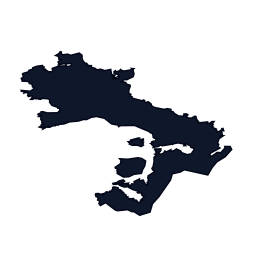 Selje nor, Sogn og Fjordane, Norway (Robinson projection), rotated 349°
{"feature_id": "86288312B90490853965577", "entity_name": "Selje nor", "entity_type": "district", "adm_level": 2, "iso_a3": "NOR", "parent_name": "Norway", "parent_adm1": "Sogn og Fjordane", "projection": "robinson", "projection_center": [5.32, 62.075], "detail": "fine", "context": "isolated", "style": "filled", "palette": "ink", "viewbox_px": 256, "rotation_deg": 349, "n_neighbors": 0, "source": "geoboundaries", "source_scale": "gbopen_adm2", "svg_char_len": 5869}
<svg xmlns="http://www.w3.org/2000/svg" viewBox="0 0 256 256"><g transform="rotate(349 128 128)"><path d="M219.5,164.6L219.7,165.4L218.8,166.6L214.5,169.9L210.8,169.0L204.7,171.8L202.7,169.9L204.8,168.2L214.4,165.2L212.6,163.2L213.9,161.5L213.0,159.9L215.4,155.8L220.0,153.8L217.9,153.4L219.3,152.7L219.1,148.1L221.4,149.0L221.2,146.6L220.0,146.5L219.9,147.7L214.9,149.3L214.3,148.8L214.9,148.1L214.3,147.2L214.6,146.0L210.7,143.3L211.8,142.5L211.0,141.9L210.8,141.3L212.0,140.8L211.3,140.3L213.7,138.1L211.7,137.7L208.3,139.3L207.6,138.4L205.6,138.6L207.2,138.0L207.3,137.2L199.0,136.5L197.0,132.5L196.9,129.7L195.9,129.2L192.2,130.4L189.2,129.7L187.3,127.7L188.9,126.7L186.9,125.8L188.4,125.6L188.0,125.3L185.6,124.9L185.1,126.5L184.0,126.9L180.0,125.9L176.2,122.5L175.6,120.9L173.5,119.7L173.6,117.8L170.1,116.5L166.9,116.6L158.2,113.0L156.1,111.6L155.1,109.6L155.4,109.1L152.9,106.1L150.0,106.4L149.1,105.2L149.6,104.4L148.7,103.4L147.2,104.0L138.5,99.9L137.3,98.3L137.8,98.1L136.4,96.7L136.3,95.8L137.1,95.4L135.3,94.0L136.2,90.7L138.3,87.2L138.1,86.3L135.0,84.6L134.1,83.3L134.5,82.9L134.6,82.3L133.9,83.3L132.8,82.0L130.3,81.3L133.7,79.7L135.9,80.4L142.9,78.6L144.2,75.9L143.9,71.5L145.0,70.9L143.0,70.3L143.8,71.5L135.3,71.4L132.5,70.2L131.9,69.1L130.4,70.3L127.9,70.5L126.7,70.1L126.5,69.3L125.0,70.0L124.8,71.8L129.1,74.0L129.3,74.6L127.5,75.6L129.3,75.9L127.6,77.6L123.6,77.2L123.0,76.8L123.0,75.3L124.8,76.0L125.1,76.0L123.0,74.3L125.7,73.9L122.6,72.8L122.1,71.4L122.2,67.2L116.3,67.3L112.2,65.0L108.6,65.0L107.0,64.0L107.5,63.4L104.5,61.9L103.4,60.6L103.9,59.8L101.0,59.2L99.8,56.7L98.2,56.1L96.5,53.3L96.1,48.3L96.7,48.5L96.6,47.4L95.0,46.7L94.2,45.8L95.0,45.8L94.5,45.2L85.5,45.7L83.0,44.0L77.9,43.7L76.7,42.5L77.1,40.7L76.1,40.1L74.4,41.8L70.8,43.0L73.4,44.4L73.3,47.5L75.2,48.3L71.9,49.9L72.4,51.4L71.8,52.6L78.4,52.7L78.9,54.1L79.3,54.4L79.0,53.1L83.9,53.7L84.8,54.8L84.1,56.0L80.6,56.2L78.5,55.4L78.6,54.5L78.1,55.1L72.2,54.0L65.0,55.0L64.8,58.1L63.5,58.3L60.2,57.3L57.8,54.4L56.3,54.4L57.2,52.4L56.6,52.5L56.0,50.3L50.4,50.0L46.0,50.7L45.6,52.0L41.8,52.5L40.7,53.9L35.5,54.4L34.7,54.9L35.3,57.7L32.7,59.0L33.1,61.1L34.3,61.3L33.5,61.9L39.4,63.4L39.6,65.4L42.2,66.7L42.1,69.4L43.6,70.5L43.4,71.3L39.2,73.3L30.3,70.7L30.3,71.6L33.3,72.7L32.6,73.9L34.7,73.5L36.9,75.2L35.7,76.9L36.2,78.1L39.3,78.0L40.5,79.0L37.9,81.3L40.2,81.7L42.7,80.7L43.3,81.9L46.6,82.0L46.2,82.7L47.6,83.2L49.6,82.6L55.2,84.1L56.6,85.6L55.9,87.7L57.7,91.3L62.8,94.2L62.9,95.2L64.9,95.8L64.3,97.9L61.7,99.6L51.6,97.8L47.5,95.7L45.8,95.5L45.3,96.6L42.6,97.0L42.1,97.7L42.6,98.2L44.7,98.8L42.7,99.7L44.9,100.3L44.0,102.8L44.9,105.1L44.4,106.4L45.6,108.0L43.6,108.2L43.1,109.4L41.1,110.1L43.6,111.4L45.8,111.0L44.4,112.7L50.3,111.1L50.8,111.8L50.3,112.1L51.3,112.3L56.9,111.1L56.8,111.9L59.2,111.2L60.0,111.9L61.4,111.3L66.0,111.8L71.8,110.8L80.4,111.7L86.1,111.1L88.8,111.8L93.9,110.5L99.4,110.7L106.8,114.0L112.6,120.8L119.3,123.5L119.6,124.2L118.5,125.2L120.9,124.2L135.0,126.8L147.7,135.3L149.3,137.2L150.7,137.5L151.2,140.4L150.9,142.1L153.8,144.5L152.0,146.1L149.5,145.6L151.2,146.5L148.5,146.2L148.4,146.9L149.4,147.0L147.8,147.5L148.8,147.8L148.0,147.8L147.9,148.6L149.6,150.5L148.9,151.9L154.7,151.9L155.5,151.4L154.4,151.4L156.2,151.0L158.5,152.0L168.7,152.3L168.2,153.0L169.8,152.1L174.4,152.2L179.2,154.1L180.0,155.1L179.4,156.0L181.3,156.3L180.6,155.1L181.0,154.4L182.5,154.9L185.9,157.5L186.1,159.1L188.6,160.5L189.0,161.7L185.1,165.4L181.1,165.5L176.0,162.5L175.3,160.6L171.5,157.8L167.9,159.3L165.6,158.4L165.9,157.5L161.3,158.7L159.7,157.6L158.0,159.6L154.9,160.0L153.7,159.2L153.6,158.2L155.8,156.6L156.4,154.8L150.2,153.7L149.9,154.4L151.1,154.7L150.6,156.5L151.7,157.3L151.0,157.7L151.6,158.4L149.3,158.8L150.6,159.9L147.9,161.8L147.2,165.9L145.3,170.7L143.8,172.2L144.3,174.0L146.1,175.8L138.5,178.9L138.4,180.6L137.9,180.6L138.3,183.4L137.7,183.4L137.7,184.6L136.4,185.1L136.6,187.1L136.0,187.6L133.9,186.0L133.8,184.6L132.7,184.1L133.4,183.0L133.0,182.0L129.9,182.0L129.2,181.5L129.5,180.2L123.8,181.8L124.1,182.3L123.1,184.2L120.9,183.5L119.5,185.2L118.2,185.4L118.3,184.1L117.0,183.7L117.9,182.3L115.8,182.8L116.4,182.1L110.8,181.6L114.5,179.5L113.5,178.0L108.2,178.4L108.9,178.7L108.1,178.8L108.4,179.3L102.5,179.5L102.7,180.5L105.7,181.1L107.1,180.7L106.5,180.4L106.8,179.8L108.6,180.0L107.5,180.4L108.8,180.6L108.7,181.5L108.0,181.7L109.2,182.9L112.9,185.2L117.6,185.8L117.4,186.5L120.6,189.1L126.4,192.3L124.9,193.1L125.4,193.7L129.2,194.3L128.7,195.5L129.6,195.8L128.9,196.9L130.9,198.7L127.0,201.1L127.5,201.6L126.5,201.4L126.4,203.0L123.6,203.2L122.5,200.5L120.4,199.9L120.0,198.3L115.2,197.7L115.5,197.3L113.7,195.8L114.1,195.5L113.6,195.5L113.2,193.3L111.2,191.6L111.4,190.9L110.3,190.6L110.7,190.0L109.5,189.6L109.9,188.7L108.5,187.1L107.2,186.9L106.8,184.7L102.8,183.1L101.6,183.4L101.2,185.8L100.4,185.7L99.8,187.4L98.3,186.4L97.5,187.5L94.5,186.5L92.6,187.7L89.7,187.8L90.6,188.7L89.8,188.6L86.4,186.6L83.8,186.4L83.3,187.2L83.5,189.2L85.6,190.5L84.4,192.9L86.4,194.7L85.0,196.7L86.1,198.8L91.8,197.0L99.9,206.1L101.9,207.2L112.1,208.1L115.6,210.8L117.9,211.3L122.8,215.9L133.6,214.7L137.5,207.1L145.2,201.3L159.9,187.0L162.7,181.4L170.8,181.2L175.4,179.7L197.4,189.3L202.9,183.0L208.7,178.2L218.0,174.7L225.7,168.8L224.7,165.6L219.5,164.6ZM121.6,158.6L113.9,156.6L115.0,158.5L113.7,161.7L107.9,164.1L108.0,165.0L110.2,166.5L109.1,167.6L110.0,169.3L109.1,169.3L110.1,170.5L109.0,170.8L114.3,175.3L119.5,176.0L125.0,174.6L132.5,175.1L134.2,171.9L137.3,168.3L139.0,163.7L135.6,160.5L132.1,159.1L121.6,158.6ZM135.7,139.8L127.6,140.4L130.1,140.7L128.7,141.6L125.5,141.5L126.9,143.5L126.3,144.1L128.8,145.7L133.9,146.7L137.4,148.7L139.9,147.8L139.4,146.8L140.5,145.1L138.8,144.7L139.9,143.9L139.3,143.2L140.7,143.1L140.7,142.1L141.5,141.6L138.4,141.8L136.6,140.7L137.2,140.0L135.7,139.8Z" fill="#0f172a" stroke="#020617" stroke-width="1.5"/></g></svg>